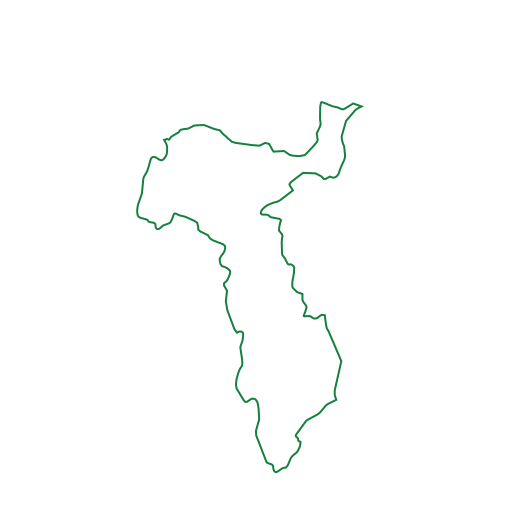 map outline of San José (Equal Earth projection), rotated 28°
{"feature_id": "CRI-1331", "entity_name": "San José", "entity_type": "Province", "adm_level": 1, "iso_a3": "CRI", "parent_name": "Costa Rica", "parent_adm1": "", "projection": "equal_earth", "projection_center": [-83.994, 9.633], "detail": "fine", "context": "isolated", "style": "outline", "palette": "green", "viewbox_px": 512, "rotation_deg": 28, "n_neighbors": 0, "source": "natural_earth", "source_scale": "10m", "svg_char_len": 5035}
<svg xmlns="http://www.w3.org/2000/svg" viewBox="0 0 512 512"><g transform="rotate(28 256 256)"><path d="M238.4,150.9L240.9,150.3L247.2,147.6L251.8,143.9L254.8,133.3L256.2,127.0L256.0,124.6L255.2,123.5L254.1,122.1L252.1,119.3L251.7,111.6L251.1,109.1L248.0,104.6L242.5,93.8L241.7,91.2L241.5,89.6L242.7,89.0L253.2,87.9L257.8,86.6L263.0,86.1L264.2,85.5L265.6,83.6L270.2,75.7L279.0,74.4L276.9,77.3L275.3,80.1L272.1,94.5L275.4,109.7L276.0,111.0L276.9,112.5L279.0,114.9L281.0,116.8L282.1,117.6L282.5,118.0L287.3,125.2L288.2,127.0L288.8,129.8L289.3,138.1L290.4,145.2L289.8,147.8L289.1,149.1L288.2,150.1L286.9,150.8L284.0,151.2L281.0,155.6L280.2,155.9L279.4,156.2L278.7,155.9L278.1,155.5L275.9,155.0L269.6,155.1L269.4,155.3L258.5,160.5L252.2,174.3L251.8,176.9L252.2,177.3L253.1,178.1L257.8,180.8L251.0,195.6L249.2,198.2L246.3,200.8L242.1,205.9L240.5,209.4L239.8,211.4L239.6,212.8L239.6,213.8L239.7,214.7L240.0,215.5L240.3,216.1L240.9,216.5L241.5,216.5L242.2,216.4L245.1,214.9L247.0,214.2L247.7,214.2L249.2,214.4L250.5,214.9L259.3,212.2L261.3,212.6L261.8,215.6L262.3,217.2L262.7,218.8L264.3,222.7L268.9,224.7L270.2,226.2L270.3,227.0L270.4,227.6L272.5,232.3L277.8,241.5L279.1,243.0L279.8,243.2L282.7,244.6L287.5,247.9L288.7,248.2L289.3,248.0L289.8,247.6L290.5,247.1L291.5,246.9L293.4,247.2L294.4,247.6L295.1,248.3L295.5,248.9L297.3,252.8L298.9,257.4L299.1,258.2L299.5,259.7L300.5,262.2L301.7,264.7L302.5,265.9L303.3,266.7L303.9,267.0L309.1,268.5L310.3,268.4L314.8,267.7L317.5,272.7L318.1,273.4L319.3,274.3L322.9,276.0L324.0,276.8L324.7,277.6L324.9,278.4L325.6,281.8L326.1,286.1L326.5,286.6L327.0,286.6L330.3,284.5L331.5,283.9L332.2,283.7L335.0,284.0L335.8,284.0L336.5,283.9L337.2,283.7L337.8,283.3L338.3,283.0L338.7,282.5L339.2,282.0L339.5,281.4L340.7,278.6L341.7,277.1L344.5,276.0L350.6,284.5L352.6,286.7L355.0,288.2L355.6,288.5L380.7,308.8L388.6,337.7L390.6,341.5L391.5,342.5L394.4,345.3L389.2,352.6L388.5,353.8L387.8,355.5L386.2,363.3L385.6,365.1L385.1,366.4L378.6,376.2L377.8,377.7L377.6,378.5L375.3,394.7L375.3,395.6L375.6,396.2L376.1,396.6L378.2,397.2L378.8,397.5L379.2,398.1L379.6,398.6L380.0,399.1L380.6,399.4L381.2,399.4L381.8,399.2L382.4,399.2L382.9,399.6L383.1,400.3L383.3,401.2L383.6,401.8L384.0,403.1L384.3,404.9L384.4,408.7L384.0,410.7L382.1,415.2L381.8,416.8L381.6,418.2L382.3,425.6L382.1,427.2L381.8,428.4L381.4,429.0L380.9,429.4L380.3,429.7L379.6,430.4L378.7,431.5L376.2,436.3L375.7,436.9L375.2,437.3L374.7,437.5L374.1,437.6L373.4,437.4L372.8,437.1L371.7,436.3L371.3,435.8L370.2,434.1L369.2,433.1L368.6,432.8L367.8,432.7L367.2,432.7L365.2,433.1L362.6,433.3L362.0,433.0L340.4,414.3L338.8,411.7L338.1,410.5L337.9,409.8L336.1,401.5L335.9,400.7L335.9,399.9L335.0,397.9L329.6,389.0L326.3,384.8L324.0,383.3L323.3,383.1L322.6,382.9L322.0,382.9L321.2,383.1L320.5,383.3L319.9,383.6L319.4,384.0L318.9,384.5L316.8,388.4L316.4,389.0L316.0,389.4L315.4,389.7L314.7,389.8L313.0,389.2L301.1,382.1L299.5,380.1L298.6,378.7L298.0,377.4L296.8,374.3L295.3,367.9L294.9,364.4L294.9,362.4L295.2,359.3L294.3,357.2L292.7,354.4L285.0,344.0L284.8,343.2L283.8,337.0L283.4,335.8L281.7,331.7L280.9,330.5L280.2,329.8L279.5,329.7L278.8,329.7L278.1,329.8L277.5,330.1L277.0,330.4L276.4,330.8L276.0,331.3L275.6,331.9L275.3,332.6L271.6,331.0L256.0,317.2L250.6,310.1L246.7,300.2L241.5,297.0L240.6,295.0L241.1,293.5L241.8,292.0L241.9,290.6L241.9,288.7L241.5,284.7L241.0,282.9L240.4,281.8L239.9,281.3L238.6,280.7L236.5,280.3L233.4,280.4L231.2,280.9L230.1,280.6L228.3,279.7L226.5,277.5L225.6,276.2L225.2,275.0L225.2,274.0L225.3,272.0L225.8,269.3L225.9,268.0L225.8,266.5L225.3,264.0L224.6,262.6L223.8,261.7L223.2,261.5L221.1,261.1L210.5,262.4L206.9,262.0L203.8,260.2L195.3,260.5L192.8,259.9L192.4,259.4L190.8,256.7L189.9,255.9L188.6,254.3L185.1,253.9L174.9,254.6L168.7,256.2L165.9,256.1L164.5,256.5L164.0,257.0L163.9,257.8L164.7,264.2L164.6,266.1L164.4,266.9L163.9,267.9L163.0,269.0L160.3,271.9L159.7,272.7L159.4,273.4L157.9,277.2L157.3,278.0L156.5,278.5L155.9,278.6L155.2,278.5L154.6,278.2L154.1,277.8L153.6,277.3L152.5,275.6L152.0,275.1L151.4,274.8L150.7,274.7L149.9,274.7L146.2,276.0L145.3,276.0L144.7,275.9L143.0,275.0L135.6,276.6L133.2,276.2L132.4,275.5L130.7,273.4L129.3,270.7L128.2,267.7L127.6,265.3L126.0,254.7L125.8,253.9L120.6,241.6L120.0,239.7L119.9,238.7L120.1,232.5L119.5,228.6L117.7,220.5L117.6,219.7L117.7,218.8L117.8,218.1L118.2,217.4L118.6,216.9L119.2,216.5L119.9,216.2L121.3,216.0L125.8,216.3L126.6,216.2L127.2,216.0L127.8,215.7L128.3,215.2L128.8,214.4L129.1,213.2L129.5,210.5L129.4,208.7L129.2,207.5L128.0,204.6L126.6,202.0L126.2,201.4L125.3,200.3L124.4,199.3L122.7,198.1L120.4,196.7L122.5,194.4L124.3,194.3L124.7,193.7L125.0,191.3L125.4,190.1L129.8,182.8L129.9,181.8L129.8,180.9L130.5,179.8L132.1,178.3L136.2,175.4L138.9,171.8L139.3,171.0L139.5,170.5L141.4,169.0L148.7,164.7L159.3,163.5L165.1,162.0L169.8,163.8L174.5,164.8L175.4,165.2L176.5,165.5L179.4,166.0L180.6,166.5L184.9,165.7L200.8,159.8L207.4,156.9L210.9,151.9L215.1,150.9L219.7,154.0L222.5,155.6L231.2,150.3L232.3,150.2L238.4,150.9Z" fill="none" stroke="#15803d" stroke-width="2"/></g></svg>